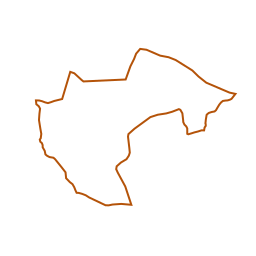 outline of Yaloké, Ombella-M'Poko, Central African Republic, rotated 284°
{"feature_id": "33826404B87944665241134", "entity_name": "Yaloké", "entity_type": "district", "adm_level": 2, "iso_a3": "CAF", "parent_name": "Central African Republic", "parent_adm1": "Ombella-M'Poko", "projection": "natural_earth1", "projection_center": [16.962, 5.38], "detail": "fine", "context": "isolated", "style": "outline", "palette": "amber", "viewbox_px": 256, "rotation_deg": 284, "n_neighbors": 0, "source": "geoboundaries", "source_scale": "gbopen_adm2", "svg_char_len": 1515}
<svg xmlns="http://www.w3.org/2000/svg" viewBox="0 0 256 256"><g transform="rotate(284 128 128)"><path d="M54.3,149.8L70.6,139.5L82.2,128.9L85.2,126.5L88.1,126.3L92.8,129.5L97.4,134.1L101.4,135.5L104.5,135.7L109.0,134.1L119.6,130.1L122.2,129.9L128.9,134.5L144.0,147.1L148.1,153.7L151.4,161.6L154.5,167.0L156.9,170.4L158.6,172.8L158.3,174.4L155.4,177.2L148.7,179.7L147.1,180.2L145.0,181.9L143.6,184.2L141.9,185.6L139.5,186.2L136.7,186.9L136.5,188.0L138.3,191.1L139.8,193.5L141.5,196.7L143.5,199.9L144.1,202.4L147.0,202.2L148.9,202.9L150.7,202.4L151.2,202.0L153.6,201.7L154.8,201.5L157.5,201.3L159.7,201.1L160.8,201.7L162.2,202.8L163.7,205.2L165.0,208.0L166.6,209.1L168.8,209.7L172.7,210.9L175.3,212.1L177.2,213.5L178.2,215.9L178.9,218.0L180.1,220.0L181.3,221.4L187.1,224.0L186.9,218.0L188.2,209.8L190.9,193.0L195.0,184.0L199.4,176.5L205.5,157.8L206.5,150.3L206.0,141.7L208.4,127.0L207.7,120.7L202.1,117.9L196.5,117.2L188.4,115.4L174.5,114.0L162.4,73.5L163.3,71.5L168.1,62.7L168.5,58.4L140.2,57.1L136.4,49.9L134.5,47.1L132.8,44.3L132.8,41.5L133.2,38.1L133.2,35.0L132.5,32.0L128.9,33.3L127.5,36.2L125.5,38.0L120.5,38.6L114.2,39.7L106.2,43.1L101.3,45.3L97.0,45.8L95.4,45.2L93.5,46.2L92.5,48.1L90.8,49.3L88.6,49.9L85.7,52.7L82.4,54.3L81.5,56.1L80.8,58.9L81.0,61.2L81.1,62.9L80.1,64.8L73.9,73.0L69.9,78.1L64.3,80.1L61.4,84.7L60.1,87.7L57.5,90.2L54.8,92.1L52.7,93.8L53.1,95.9L53.0,99.4L52.5,103.3L51.2,107.1L47.6,124.9L48.3,128.0L50.0,131.5L52.7,139.8L54.3,149.8Z" fill="none" stroke="#b45309" stroke-width="2"/></g></svg>